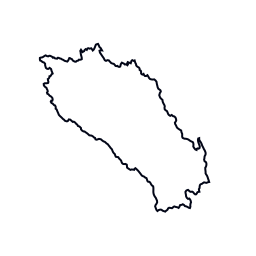 Água Boa, Minas Gerais, Brazil (Equal Earth projection), rotated 160°
{"feature_id": "56859067B18251134383574", "entity_name": "Água Boa", "entity_type": "district", "adm_level": 2, "iso_a3": "BRA", "parent_name": "Brazil", "parent_adm1": "Minas Gerais", "projection": "equal_earth", "projection_center": [-42.276, -18.014], "detail": "fine", "context": "isolated", "style": "outline", "palette": "ink", "viewbox_px": 256, "rotation_deg": 160, "n_neighbors": 0, "source": "geoboundaries", "source_scale": "gbopen_adm2", "svg_char_len": 5790}
<svg xmlns="http://www.w3.org/2000/svg" viewBox="0 0 256 256"><g transform="rotate(160 128 128)"><path d="M112.2,38.4L111.2,38.4L110.3,37.6L109.5,37.1L108.7,36.6L107.8,35.6L106.5,36.5L105.5,37.7L104.6,37.6L103.7,37.4L102.6,37.6L101.7,36.5L101.2,35.1L100.2,34.5L99.1,33.5L98.2,32.3L97.2,31.6L96.3,32.7L95.9,34.1L95.1,35.6L94.2,36.6L94.0,38.1L94.1,39.6L94.6,40.8L95.8,40.8L96.6,42.3L96.8,43.8L96.4,45.4L96.2,46.9L95.9,48.3L94.7,49.2L93.5,49.4L92.7,49.3L92.2,48.3L91.7,47.3L90.8,46.5L89.5,46.3L88.7,45.3L88.3,43.9L87.5,42.6L86.6,42.4L85.6,43.1L84.7,43.9L83.8,43.9L82.7,43.7L82.6,44.9L82.3,46.3L81.3,47.1L80.7,48.5L80.0,49.7L79.2,50.2L78.2,50.3L77.3,50.3L76.2,50.7L75.1,50.9L74.2,50.3L73.0,49.6L71.4,49.7L70.2,49.5L70.1,51.4L70.1,52.7L70.0,54.6L70.1,56.4L70.5,57.8L70.6,58.9L70.2,59.9L69.9,61.0L69.5,62.7L69.0,64.2L68.1,64.9L67.3,65.9L66.7,67.1L66.4,68.2L66.5,69.4L67.4,70.5L67.3,72.3L66.5,73.5L66.0,74.7L65.3,75.6L64.3,76.4L63.6,77.9L63.5,79.3L63.6,80.9L63.9,82.2L64.0,83.9L64.3,85.9L64.3,88.2L64.5,89.8L64.9,91.2L65.1,92.7L64.6,94.1L65.6,94.1L66.3,93.0L66.6,91.9L66.8,90.3L66.8,88.4L66.8,86.4L67.5,84.8L68.7,84.4L69.5,85.0L70.5,84.9L71.1,83.9L72.0,84.7L72.6,86.3L73.0,88.2L72.2,89.9L71.8,91.5L72.0,92.7L73.0,93.6L73.9,94.6L74.5,95.4L75.1,96.4L76.2,97.4L77.3,98.1L78.7,98.7L80.0,100.0L80.1,101.2L79.7,102.3L79.1,103.9L79.2,105.8L78.9,107.5L79.7,108.4L80.6,109.6L81.6,111.1L81.9,112.2L82.0,114.0L82.3,115.6L82.1,117.0L81.0,117.7L80.1,118.6L79.8,120.0L79.8,121.6L80.5,123.0L81.6,123.7L82.5,125.3L84.2,125.0L85.2,126.4L85.5,127.6L85.5,129.1L85.6,130.5L86.2,131.3L86.8,132.2L87.1,133.2L86.7,134.7L86.0,135.9L86.0,137.3L86.3,138.9L86.4,140.9L86.0,142.6L86.8,144.1L87.4,145.6L87.4,147.0L87.4,148.2L86.7,149.1L86.1,150.0L85.3,150.5L84.6,151.3L84.7,152.5L85.3,153.4L86.1,154.6L86.2,156.3L86.0,157.6L85.9,158.9L85.7,160.2L85.4,161.7L85.9,163.3L86.7,164.7L88.3,165.1L89.6,165.8L90.6,166.6L91.1,167.8L91.3,169.3L91.7,171.0L93.2,170.6L94.3,171.1L94.8,172.2L94.9,173.5L96.0,173.2L96.8,173.9L97.0,175.0L96.5,176.1L96.4,177.5L97.2,178.5L96.8,180.0L97.1,181.1L97.8,181.9L98.4,182.7L98.9,183.9L98.6,185.2L98.8,186.4L98.8,187.7L98.7,189.2L99.7,189.1L100.8,190.3L102.0,189.7L102.6,188.8L103.3,187.9L104.6,189.0L105.7,190.0L106.4,189.3L106.2,187.9L107.1,187.2L108.0,188.6L109.2,188.7L109.9,190.0L110.7,190.7L111.4,191.5L112.2,191.0L113.0,190.4L113.6,189.4L114.3,188.4L115.4,188.4L116.2,189.0L116.7,190.0L117.7,190.1L118.5,190.6L118.8,191.7L119.4,193.1L120.6,193.9L121.6,194.8L122.0,195.9L122.5,196.9L122.9,198.1L124.2,198.8L125.7,198.6L126.6,199.6L126.8,200.9L127.0,202.4L127.4,203.7L127.8,205.3L128.2,207.0L128.6,208.5L128.3,210.4L127.1,210.4L125.9,209.8L126.1,211.0L126.3,212.4L127.1,213.8L127.2,215.8L127.4,217.3L128.5,217.4L129.7,217.3L130.6,216.3L131.6,215.1L132.5,214.2L133.4,213.4L134.6,212.9L134.9,214.3L135.3,215.5L137.0,215.7L137.9,216.5L138.8,216.6L140.0,215.5L140.8,216.6L142.1,216.1L143.0,215.2L143.9,215.1L144.7,214.9L145.0,216.2L145.4,217.6L146.5,216.7L146.6,215.4L146.9,214.3L147.2,212.6L147.3,211.0L147.5,209.6L147.9,208.5L148.9,208.4L149.9,208.6L150.8,209.0L151.6,208.4L152.5,208.5L153.4,208.5L154.3,208.1L155.2,208.5L156.0,209.3L156.8,210.3L157.1,211.8L157.9,212.5L158.4,213.3L159.2,213.8L160.2,212.8L161.2,211.8L162.3,211.2L163.3,211.9L164.6,212.8L165.5,214.1L166.5,215.0L167.4,216.2L168.2,216.6L169.1,217.6L170.0,218.0L170.9,217.4L171.7,217.8L172.9,218.5L173.6,219.8L174.5,219.7L174.9,220.8L175.8,221.8L176.7,222.6L177.5,222.8L178.5,222.6L179.6,223.3L180.5,224.4L181.7,224.3L183.1,223.9L184.4,223.7L185.8,224.0L186.8,224.0L187.3,222.8L187.5,221.5L186.4,220.5L185.8,219.2L184.7,218.5L183.9,216.8L184.4,215.4L184.5,214.1L184.6,212.6L183.7,211.2L182.7,210.8L181.9,211.0L181.1,211.3L180.1,209.7L180.3,207.8L180.2,206.3L180.2,204.9L181.3,204.7L182.0,204.1L183.1,203.3L184.1,203.5L184.6,202.4L185.6,201.6L186.6,201.4L186.9,199.9L187.0,198.6L187.6,197.7L188.9,197.8L189.8,198.1L190.9,198.5L192.1,198.3L192.5,196.7L191.8,194.9L190.9,193.7L190.9,192.5L190.7,190.9L191.0,189.6L192.0,189.1L192.1,187.8L191.2,186.9L190.6,185.1L189.8,184.3L189.2,183.2L188.8,181.9L189.1,180.4L189.8,179.5L190.8,179.9L191.6,179.1L191.3,177.6L190.5,176.8L190.0,175.7L189.6,174.7L188.8,174.1L188.7,172.5L189.4,170.9L188.7,169.8L188.7,168.4L188.6,166.9L188.5,165.6L188.5,164.1L187.9,162.6L187.2,161.3L186.6,160.1L186.0,158.7L185.2,157.6L184.9,156.5L184.1,155.8L183.1,155.1L182.0,155.2L180.7,156.3L179.4,155.6L178.4,153.7L177.8,152.6L176.8,152.5L175.8,151.2L175.2,149.5L174.5,148.5L174.4,147.1L173.1,146.0L172.2,144.1L172.6,142.8L172.0,141.2L170.9,139.9L170.0,139.6L169.4,138.6L168.5,137.4L167.6,135.9L166.9,134.4L166.0,133.9L164.8,133.3L163.7,131.9L163.1,130.6L162.4,130.0L162.4,128.4L161.4,127.7L160.2,127.7L159.0,127.7L158.0,127.1L157.2,126.5L156.5,125.1L155.6,123.8L154.6,123.0L154.1,122.2L153.5,120.9L152.5,119.6L152.1,118.1L151.6,116.8L151.3,115.6L150.9,114.6L150.4,113.5L150.4,112.2L150.3,110.5L149.9,109.1L149.3,108.0L149.4,106.5L149.3,105.2L148.4,104.6L147.1,103.9L146.8,102.3L146.2,101.2L145.6,99.7L145.7,98.2L145.5,96.8L144.8,95.8L143.9,95.4L142.7,95.1L141.7,94.0L142.0,92.6L142.4,91.1L141.7,90.0L140.8,88.8L140.0,87.8L138.8,87.8L137.5,87.2L136.5,86.6L135.8,87.4L134.8,87.7L134.2,86.7L133.7,85.6L133.2,84.6L132.7,83.2L132.2,81.7L131.7,80.1L131.3,78.6L130.4,77.6L129.4,76.7L128.8,75.5L127.8,74.6L127.8,73.1L127.9,71.7L127.4,70.5L126.3,70.1L125.8,69.1L125.6,67.5L125.2,65.9L124.3,64.6L124.6,63.1L125.1,61.7L125.6,60.4L126.0,59.4L126.3,58.3L126.5,56.7L126.4,55.3L126.2,54.2L125.8,52.9L125.7,51.2L125.6,49.7L126.0,48.2L127.1,47.1L128.4,46.2L129.3,45.1L129.3,43.4L129.3,42.2L129.2,41.0L128.7,39.9L127.3,40.4L125.6,40.3L124.5,39.7L123.7,38.4L122.6,37.5L121.6,36.7L120.8,37.1L119.7,37.4L118.7,37.8L117.9,38.7L116.6,39.0L115.3,38.3L114.1,37.6L113.1,37.9L112.2,38.4Z" fill="none" stroke="#020617" stroke-width="2"/></g></svg>